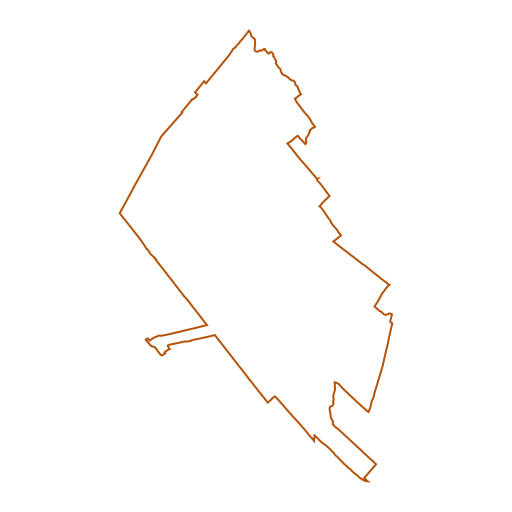 Stiubieni, Botosani, Romania
{"feature_id": "2599482B57702858743031", "entity_name": "Stiubieni", "entity_type": "district", "adm_level": 2, "iso_a3": "ROU", "parent_name": "Romania", "parent_adm1": "Botosani", "projection": "albers", "projection_center": [26.776, 47.985], "detail": "fine", "context": "isolated", "style": "outline", "palette": "amber", "viewbox_px": 512, "rotation_deg": 0, "n_neighbors": 0, "source": "geoboundaries", "source_scale": "gbopen_adm2", "svg_char_len": 5986}
<svg xmlns="http://www.w3.org/2000/svg" viewBox="0 0 512 512"><path d="M367.8,481.3L364.1,478.0L366.9,474.9L371.8,469.2L376.0,464.4L375.8,463.9L374.0,462.4L372.6,460.9L368.3,457.1L366.0,454.8L365.0,454.2L361.1,450.3L356.6,446.2L352.3,442.1L349.4,439.5L345.1,435.5L339.9,430.6L337.2,428.3L335.6,427.3L334.4,426.1L333.7,425.2L332.8,424.2L332.7,423.1L333.1,422.0L332.8,421.1L331.8,419.7L330.8,417.1L330.6,416.5L330.5,415.7L330.6,414.6L330.5,413.4L330.0,412.0L329.8,411.1L329.9,410.3L329.6,408.9L329.7,408.0L329.8,407.1L330.6,406.6L332.1,405.9L332.7,405.4L333.2,404.4L333.5,403.4L333.4,402.8L333.1,402.1L333.4,400.5L333.7,399.2L333.4,397.7L333.3,395.4L335.0,389.8L334.8,385.1L334.7,382.3L335.6,382.4L338.0,383.5L339.0,384.3L340.5,385.9L343.0,388.8L344.0,389.6L349.5,394.9L359.7,404.4L367.3,411.2L368.5,412.0L368.9,410.9L369.4,409.9L369.5,409.4L369.9,408.8L370.4,407.0L370.5,406.4L371.0,404.7L371.5,402.1L371.8,400.9L372.7,399.2L373.7,396.8L374.1,394.8L374.2,394.0L376.5,386.4L378.8,378.9L380.3,373.6L382.4,367.0L383.5,362.0L385.2,354.6L387.7,344.3L388.4,340.6L390.8,329.5L392.3,323.3L390.1,321.8L392.0,314.3L391.2,313.9L390.1,313.6L389.1,313.5L386.2,314.8L385.2,314.8L384.2,314.4L383.4,313.9L381.8,312.2L380.9,311.6L379.8,311.2L377.8,309.5L376.7,308.4L374.5,306.5L378.2,300.8L381.4,295.0L381.6,294.2L387.7,286.2L389.4,284.9L382.1,279.4L372.3,271.6L364.9,265.6L361.8,263.6L356.7,259.5L352.6,256.4L347.6,252.5L339.3,246.2L333.9,241.9L333.4,241.4L339.1,237.0L340.9,235.5L339.9,233.9L338.8,232.7L338.1,231.6L337.6,230.7L337.2,230.1L336.2,229.0L335.3,227.7L334.4,226.8L333.2,225.7L332.4,224.4L332.1,223.9L331.7,223.5L331.4,223.0L331.1,222.3L330.7,221.1L330.3,220.3L328.3,218.0L323.5,210.8L321.1,207.7L319.5,206.3L321.1,204.8L321.5,204.0L322.5,202.9L323.7,201.7L324.7,200.5L329.5,196.0L322.3,186.3L319.8,183.1L317.4,180.7L317.1,180.1L317.1,179.6L317.8,178.8L317.5,178.9L317.0,178.8L316.5,178.4L316.1,177.9L315.1,176.5L313.0,174.2L307.1,167.2L300.3,159.4L297.2,155.7L294.3,151.9L292.4,149.4L288.6,144.9L287.4,143.4L289.4,142.3L292.9,139.9L294.2,138.3L296.4,136.7L297.8,135.8L298.8,137.1L303.3,141.8L305.4,144.2L305.7,143.9L306.3,142.4L306.3,141.9L306.3,141.5L305.9,140.7L305.8,139.5L306.0,138.5L308.4,134.9L308.9,133.4L309.7,132.3L309.7,131.5L309.4,130.8L310.0,130.1L310.9,129.5L311.3,129.1L311.7,128.5L312.0,128.4L312.5,128.0L313.2,127.7L314.2,127.5L314.8,127.2L315.0,126.7L314.5,126.2L312.7,123.8L312.4,123.6L311.6,122.4L310.9,120.6L309.2,117.9L308.1,116.5L306.8,115.1L303.4,111.1L296.7,102.1L294.9,98.8L300.1,94.8L301.0,94.3L300.2,93.3L299.4,91.4L298.7,89.8L298.2,88.7L297.6,86.6L297.1,86.1L295.6,84.9L295.4,84.5L295.3,84.2L295.3,83.2L295.2,82.8L294.9,82.2L294.2,81.4L294.0,81.0L293.7,80.8L291.7,80.3L290.2,79.5L289.8,79.2L289.0,78.1L286.7,76.4L285.1,75.5L283.4,74.9L282.7,74.5L282.2,74.1L282.0,73.4L281.4,72.5L281.0,71.8L280.7,71.1L280.6,70.5L280.6,69.8L280.4,69.2L280.0,68.6L278.1,67.0L277.8,66.4L277.6,66.2L277.5,65.9L277.4,65.4L276.1,63.9L275.8,63.3L275.8,63.1L276.1,62.4L276.2,61.8L276.0,60.7L275.8,60.5L275.2,59.3L274.7,58.6L274.6,58.1L274.1,57.1L273.9,56.9L273.5,56.7L273.3,56.4L273.2,56.1L273.2,55.7L273.4,55.2L273.4,54.8L273.3,54.4L272.5,53.2L271.7,52.3L271.4,52.1L271.1,52.1L270.8,52.1L269.5,52.8L269.0,53.5L267.9,53.4L267.6,53.1L266.9,51.9L266.4,51.5L266.0,50.7L265.0,50.0L265.0,49.9L265.1,49.5L265.0,49.2L264.8,49.0L264.5,48.9L263.8,49.1L263.3,49.4L263.1,49.6L262.9,49.9L262.4,50.4L262.0,50.6L261.7,50.7L261.3,50.7L260.4,50.4L260.0,50.4L259.7,50.5L258.0,51.5L256.9,51.7L256.3,51.7L255.9,51.5L255.1,50.9L254.8,50.5L254.7,50.0L254.6,49.0L254.6,48.5L254.9,45.9L255.2,44.5L255.0,43.5L255.2,42.3L255.1,41.7L254.7,38.9L254.4,38.7L253.7,38.3L252.9,37.7L252.3,37.1L251.6,36.3L251.2,35.4L250.9,34.0L250.5,33.0L249.0,30.7L243.7,37.4L242.5,38.9L240.3,41.3L239.0,43.1L236.5,45.8L235.0,47.7L233.5,48.5L233.1,48.9L231.8,51.2L228.3,56.2L206.0,83.4L204.1,81.2L195.0,92.5L197.5,94.7L195.7,97.3L193.0,99.3L192.4,99.1L181.8,111.9L182.3,112.6L161.2,136.5L151.4,155.6L135.2,184.6L127.2,199.6L125.5,202.5L124.7,204.1L119.7,213.3L127.7,223.3L137.3,235.5L142.6,242.5L143.0,243.4L145.4,246.8L145.8,247.7L146.2,248.6L146.5,248.6L146.9,248.8L147.5,249.5L149.6,252.4L150.5,254.0L150.9,254.4L153.5,256.7L155.1,258.5L155.7,258.9L156.0,259.4L155.7,259.7L166.8,273.8L167.7,275.2L168.4,275.9L174.0,283.1L174.9,284.4L177.6,287.8L179.4,290.2L180.9,291.9L184.2,296.4L188.0,300.5L194.3,308.9L195.4,310.1L196.5,311.6L198.3,313.8L204.7,322.3L205.8,323.4L207.0,325.1L179.9,331.7L166.3,334.8L164.7,335.2L162.9,335.4L161.1,335.8L160.7,335.8L159.8,335.5L158.9,335.6L153.7,337.8L149.5,340.6L149.2,340.1L147.9,338.4L147.7,338.3L146.7,338.8L145.7,339.7L146.4,340.4L146.7,341.0L146.9,341.1L148.0,342.5L150.0,344.6L150.9,345.9L151.9,346.4L153.0,346.5L154.5,347.1L156.4,348.9L157.8,351.2L159.2,352.9L160.3,354.5L161.8,355.5L162.2,355.4L165.2,353.4L164.6,352.4L165.5,351.5L168.2,349.8L169.7,349.0L168.8,347.7L168.0,346.4L167.9,345.9L167.9,345.5L168.1,345.2L168.6,344.9L180.8,342.4L182.0,341.9L183.7,341.7L184.8,341.4L185.4,341.7L185.7,341.7L187.5,341.5L190.2,341.0L192.4,340.0L200.6,338.4L204.3,337.5L209.5,336.4L214.9,335.1L229.5,353.9L233.7,359.2L238.6,365.6L242.6,370.5L250.2,380.6L251.1,381.5L251.9,382.5L256.6,388.6L261.8,395.1L264.6,398.5L267.7,402.6L269.2,401.4L270.9,399.9L272.7,397.9L274.1,396.8L274.6,396.5L274.9,396.4L275.1,396.5L276.5,397.9L279.7,401.3L280.7,402.7L282.6,404.6L286.0,408.7L289.8,413.1L291.1,414.4L293.4,417.1L296.9,420.7L299.0,423.1L300.6,425.1L304.5,429.4L308.1,433.8L308.3,434.2L309.9,436.1L312.3,438.7L313.6,440.3L314.0,440.9L314.5,435.5L318.3,438.9L319.0,439.8L320.7,441.5L323.5,443.8L326.2,445.6L327.3,446.7L330.0,449.0L330.9,450.0L331.7,451.2L333.1,452.0L333.9,453.0L334.5,454.1L335.5,455.2L336.1,455.9L336.9,456.5L337.9,457.5L339.3,458.9L339.7,459.5L342.2,461.8L343.6,463.5L347.4,466.8L348.5,468.1L350.2,469.2L350.7,469.7L351.4,470.4L351.8,470.9L353.7,472.7L355.0,473.7L356.0,474.4L357.3,475.4L359.2,477.3L361.5,479.0L365.2,481.1L367.8,481.3Z" fill="none" stroke="#b45309" stroke-width="2"/></svg>